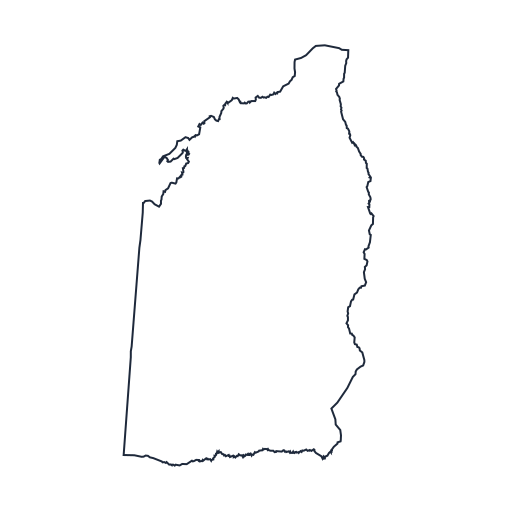 outline of Meatu, Simiyu, United Republic of Tanzania, rotated 185°
{"feature_id": "72390352B64411652351957", "entity_name": "Meatu", "entity_type": "district", "adm_level": 2, "iso_a3": "TZA", "parent_name": "United Republic of Tanzania", "parent_adm1": "Simiyu", "projection": "equal_earth", "projection_center": [34.38, -3.507], "detail": "fine", "context": "isolated", "style": "outline", "palette": "slate", "viewbox_px": 512, "rotation_deg": 185, "n_neighbors": 0, "source": "geoboundaries", "source_scale": "gbopen_adm2", "svg_char_len": 5999}
<svg xmlns="http://www.w3.org/2000/svg" viewBox="0 0 512 512"><g transform="rotate(185 256 256)"><path d="M344.4,363.5L344.6,359.8L345.8,356.6L351.2,350.2L357.3,347.2L358.9,344.3L360.2,343.5L360.4,340.3L360.1,339.8L355.9,346.7L353.7,346.0L352.1,344.0L352.6,342.7L351.8,342.1L349.3,342.6L346.6,345.8L345.8,345.4L342.7,346.8L338.2,352.1L337.9,353.2L338.5,354.6L337.7,355.6L335.6,354.6L334.9,354.9L334.1,356.3L333.9,353.3L333.1,353.1L332.9,354.4L332.4,354.1L332.1,352.2L331.6,351.9L332.0,351.1L333.2,350.8L333.4,352.7L334.4,350.6L334.5,348.7L334.1,347.6L332.6,347.8L333.1,346.4L331.1,344.1L331.7,342.7L333.6,342.0L334.3,339.5L335.2,339.1L335.3,337.5L336.5,337.1L335.6,333.3L336.5,332.2L336.9,332.4L336.4,330.7L337.3,330.3L337.3,328.5L337.7,328.2L338.0,329.2L340.0,326.5L341.4,326.5L341.8,322.3L342.5,321.1L346.3,321.7L347.5,321.2L349.5,315.7L351.9,313.8L352.2,312.0L353.7,312.4L353.8,309.6L355.1,307.1L355.1,303.9L355.5,302.8L355.2,299.7L356.9,296.7L361.5,298.7L364.3,301.2L366.5,302.0L371.2,301.1L372.4,299.2L373.2,299.0L372.6,289.3L372.5,261.8L372.9,254.1L372.0,154.9L372.4,150.2L371.9,144.2L370.5,46.2L359.8,46.9L352.5,46.0L350.5,46.3L348.5,47.6L346.2,47.5L344.2,46.2L340.7,45.7L331.9,43.1L331.1,42.3L329.5,42.7L327.8,42.0L327.1,42.9L324.3,40.6L323.0,40.9L321.6,40.2L321.5,40.8L320.2,40.9L318.7,40.1L317.9,41.1L313.8,40.7L311.4,42.4L306.9,42.6L302.0,46.5L301.2,45.9L300.1,46.2L297.8,47.7L294.8,47.8L294.3,47.1L294.7,46.6L294.3,46.4L291.9,47.1L291.4,48.0L291.0,47.3L288.0,50.1L287.0,49.2L286.4,49.8L285.7,49.2L283.9,49.6L282.8,48.1L282.5,48.9L280.8,49.6L281.1,50.6L279.6,52.3L279.9,53.5L279.1,53.5L278.4,54.4L278.6,55.6L277.9,55.9L277.6,57.7L277.0,56.9L276.1,58.2L275.8,56.8L274.0,57.6L272.4,55.7L271.1,55.7L270.4,54.5L269.5,55.0L268.6,53.9L265.9,55.4L265.6,54.5L264.9,54.7L264.4,53.5L261.2,55.2L260.6,54.9L260.6,53.7L259.7,54.2L259.0,53.5L257.7,55.2L256.8,55.0L255.9,57.0L254.4,56.0L252.7,56.2L252.1,55.4L252.0,56.2L251.5,56.5L251.2,55.7L251.0,56.4L250.3,56.1L250.5,55.1L249.3,56.0L248.9,57.3L247.7,57.1L246.9,58.0L246.6,57.1L245.3,57.2L245.3,58.2L244.2,58.8L243.0,56.9L242.6,57.9L241.3,57.7L240.0,60.5L239.2,60.0L236.4,61.5L235.9,62.4L232.7,63.0L232.2,64.4L231.6,63.9L230.5,64.6L228.0,64.6L227.6,64.0L227.2,64.7L226.4,63.7L224.6,63.3L221.8,63.5L220.3,62.2L218.9,62.6L218.8,63.4L213.3,63.4L211.8,64.9L210.9,64.8L210.3,63.6L209.2,63.9L208.8,63.3L206.3,64.3L205.2,63.1L204.8,64.0L204.2,62.9L202.7,63.0L202.0,64.3L201.5,63.2L200.6,63.0L200.0,63.5L200.3,63.9L198.9,64.4L198.2,63.7L196.5,64.3L196.2,63.7L194.6,65.5L193.5,64.8L192.9,66.3L191.5,66.2L189.1,67.6L187.6,66.4L185.8,67.3L185.6,66.8L184.5,67.2L183.8,66.7L181.6,68.5L180.9,68.0L180.8,66.7L179.1,65.0L173.4,62.2L172.0,59.9L171.4,61.4L170.9,60.0L169.8,60.3L170.5,62.1L169.5,61.8L168.6,62.9L167.5,63.2L166.1,66.2L164.9,67.5L164.4,67.0L164.5,67.5L163.7,67.6L164.1,68.9L163.4,69.1L163.5,69.9L161.8,72.8L158.5,76.2L158.5,77.5L155.6,78.7L155.5,80.0L155.7,84.7L156.9,90.0L161.9,95.0L162.7,100.2L167.6,110.6L162.2,117.0L153.5,132.5L149.0,144.0L146.6,146.9L146.6,149.7L145.6,151.8L142.2,154.9L139.7,156.3L138.8,159.9L139.0,161.8L141.7,169.2L144.3,170.9L144.8,173.1L145.7,174.0L147.1,174.2L147.9,176.5L149.8,176.8L150.6,178.5L150.6,183.5L152.1,185.3L153.2,185.7L153.8,187.0L155.4,187.0L157.0,191.8L158.2,193.2L158.2,195.0L160.0,196.8L158.8,200.0L159.1,203.2L159.8,204.3L159.2,206.8L159.9,208.7L159.7,213.0L158.0,214.2L157.4,219.0L156.4,220.8L155.4,221.1L154.6,226.3L152.2,228.4L151.2,231.7L149.9,233.5L148.7,233.5L148.3,235.1L145.0,236.0L144.0,239.5L145.7,242.8L147.1,249.3L146.2,252.3L146.6,254.6L145.0,256.3L144.5,260.3L145.3,261.6L147.8,262.6L148.0,267.5L149.1,269.1L148.0,272.3L147.0,272.1L144.5,274.2L144.8,275.5L143.7,279.6L143.5,287.0L144.6,287.6L145.7,291.3L143.8,296.6L142.3,298.1L142.7,304.7L142.3,306.0L144.7,308.5L145.3,307.8L145.9,308.2L148.7,314.5L147.4,314.6L147.5,317.2L148.4,318.0L147.6,319.5L148.0,319.6L148.2,320.8L147.7,321.2L147.3,320.5L146.7,322.6L147.2,324.5L149.0,327.2L149.1,329.1L149.8,329.7L151.8,334.3L151.2,335.3L150.6,339.5L148.5,340.6L148.4,343.8L149.5,344.1L148.9,344.8L151.1,347.5L151.1,348.8L151.8,349.7L152.6,352.8L153.4,353.3L153.7,357.6L154.6,358.3L155.0,360.5L156.8,361.5L156.8,362.8L157.7,364.1L159.1,364.1L160.6,365.8L160.6,366.8L162.4,369.1L163.9,372.4L165.7,373.9L165.8,374.8L166.6,375.6L167.3,375.0L168.0,376.8L168.5,376.7L169.3,377.9L170.1,377.2L173.1,382.0L172.6,384.6L173.3,386.0L173.9,386.0L173.9,388.3L175.5,390.9L176.7,391.3L177.1,393.9L177.8,394.5L178.8,397.4L181.2,399.8L183.8,407.2L183.4,408.4L184.1,409.4L183.8,411.2L184.7,412.4L184.7,414.6L186.3,418.8L186.2,420.1L186.9,421.7L188.9,423.7L189.6,426.0L190.4,426.9L190.1,427.5L190.8,429.4L188.2,433.1L188.2,434.8L184.2,437.5L184.2,440.3L183.8,441.3L184.1,445.2L183.6,446.3L183.7,453.3L182.9,456.0L183.2,458.1L182.9,459.8L181.6,461.6L182.0,469.1L188.5,468.9L191.3,470.3L205.8,471.9L214.7,470.5L217.5,467.9L223.6,460.4L228.4,457.2L234.2,455.1L234.5,452.6L234.0,446.1L233.1,442.5L233.1,438.7L235.0,437.3L235.9,434.6L237.4,433.0L238.5,430.6L243.7,427.4L246.3,421.8L248.8,421.2L249.0,419.9L249.8,420.2L250.7,419.1L252.1,420.3L252.8,418.5L254.9,417.7L255.9,418.0L257.3,415.5L258.5,415.7L259.7,414.4L261.1,414.9L262.2,414.5L263.4,415.2L264.9,414.0L266.7,414.0L268.2,415.6L270.2,413.8L269.8,411.8L270.3,410.3L274.2,409.9L275.5,408.4L275.9,409.3L277.1,409.1L278.4,407.3L279.4,407.0L280.6,407.8L281.2,407.0L284.5,406.9L285.0,408.2L285.5,407.9L286.9,410.5L288.5,411.8L291.9,410.9L292.9,411.5L293.7,409.1L296.8,406.4L298.0,406.9L297.9,406.2L298.6,407.0L299.8,405.2L299.9,403.6L300.7,403.8L301.6,402.8L301.1,401.0L301.3,399.9L303.1,397.3L303.1,395.4L304.5,391.3L304.2,389.2L304.9,389.1L305.5,387.1L307.3,387.4L308.9,388.6L310.1,390.8L313.0,391.7L314.3,391.2L314.0,390.2L319.3,385.8L319.0,383.7L319.7,383.2L320.9,384.2L322.5,381.7L323.8,382.5L324.8,380.0L322.7,379.2L323.3,372.3L325.3,371.0L326.4,371.2L327.0,370.0L327.3,370.5L328.5,369.2L329.8,368.8L332.4,365.9L333.8,367.6L336.6,368.2L341.0,364.4L344.4,363.5Z" fill="none" stroke="#1e293b" stroke-width="2"/></g></svg>